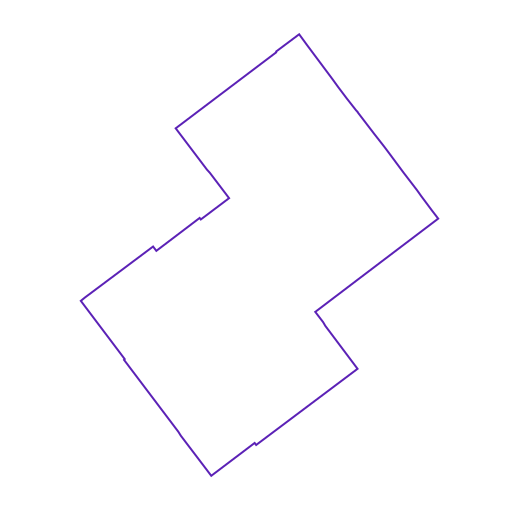 Lake, Oregon, United States of America (Mercator projection), rotated 233°
{"feature_id": "52423323B45736239843392", "entity_name": "Lake", "entity_type": "district", "adm_level": 2, "iso_a3": "USA", "parent_name": "United States of America", "parent_adm1": "Oregon", "projection": "mercator", "projection_center": [-120.268, 42.805], "detail": "fine", "context": "isolated", "style": "outline", "palette": "violet", "viewbox_px": 512, "rotation_deg": 233, "n_neighbors": 0, "source": "geoboundaries", "source_scale": "gbopen_adm2", "svg_char_len": 747}
<svg xmlns="http://www.w3.org/2000/svg" viewBox="0 0 512 512"><g transform="rotate(233 256 256)"><path d="M407.1,423.9L407.2,395.2L406.5,394.7L406.3,268.7L354.5,268.8L350.2,269.2L318.4,269.3L318.4,233.9L320.3,233.9L320.1,179.5L325.5,179.5L325.8,94.5L325.6,89.1L252.7,89.1L252.5,88.1L162.2,88.2L157.8,87.8L107.4,88.0L107.5,142.4L105.0,142.4L104.8,269.2L158.5,269.3L162.8,269.8L175.7,269.7L175.9,323.6L176.0,353.3L176.0,353.7L176.2,424.0L176.3,424.0L186.5,423.9L204.4,424.0L204.7,424.0L211.6,424.2L233.7,424.0L260.0,424.2L260.3,424.2L266.4,424.2L282.3,423.9L309.7,423.7L310.0,423.9L311.9,423.6L327.1,423.3L329.3,423.3L332.8,423.3L341.8,423.3L351.5,423.5L394.2,423.7L407.1,423.9L407.1,423.9Z" fill="none" stroke="#5b21b6" stroke-width="2"/></g></svg>